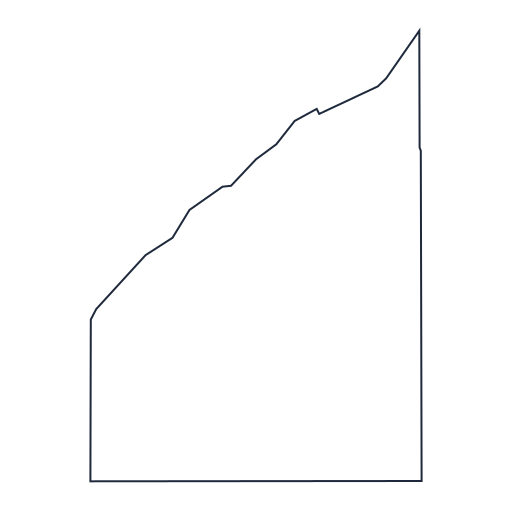 Hamilton, Nebraska, United States of America
{"feature_id": "52423323B89942881395118", "entity_name": "Hamilton", "entity_type": "district", "adm_level": 2, "iso_a3": "USA", "parent_name": "United States of America", "parent_adm1": "Nebraska", "projection": "equal_earth", "projection_center": [-98.035, 40.936], "detail": "fine", "context": "isolated", "style": "outline", "palette": "slate", "viewbox_px": 512, "rotation_deg": 0, "n_neighbors": 0, "source": "geoboundaries", "source_scale": "gbopen_adm2", "svg_char_len": 372}
<svg xmlns="http://www.w3.org/2000/svg" viewBox="0 0 512 512"><path d="M420.8,150.8L419.6,147.5L419.3,30.7L386.2,78.3L377.8,86.4L319.2,113.9L316.7,108.9L294.7,120.9L276.3,144.3L256.1,159.2L231.0,185.8L222.5,186.7L189.5,209.9L172.5,237.8L145.6,255.1L96.2,309.1L90.8,319.5L90.4,481.3L93.9,481.3L421.6,481.0L420.8,150.8Z" fill="none" stroke="#1e293b" stroke-width="2"/></svg>